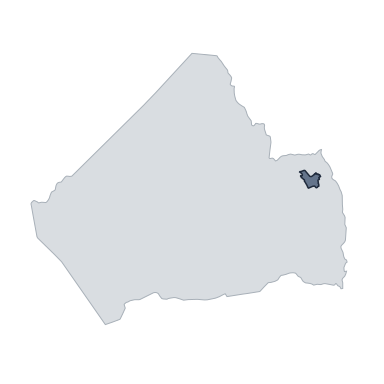 Saïda highlighted on a map of Algeria, rotated 94°
{"feature_id": "DZA-2204", "entity_name": "Saïda", "entity_type": "Province", "adm_level": 1, "iso_a3": "DZA", "parent_name": "Algeria", "parent_adm1": "", "projection": "equal_earth", "projection_center": [-0.019, 34.538], "detail": "fine", "context": "in_parent", "style": "filled", "palette": "slate", "viewbox_px": 384, "rotation_deg": 94, "n_neighbors": 0, "source": "natural_earth", "source_scale": "10m", "svg_char_len": 5543}
<svg xmlns="http://www.w3.org/2000/svg" viewBox="0 0 384 384"><g transform="rotate(94 192 192)"><path d="M277.7,34.9L278.0,35.8L278.1,36.6L276.9,37.4L276.1,37.9L275.3,40.0L273.5,41.5L273.3,41.9L273.3,42.3L274.5,43.0L274.9,43.6L275.1,44.4L274.7,47.5L274.1,52.8L274.2,54.0L274.7,55.4L275.2,56.5L275.4,57.7L275.3,60.7L275.9,62.5L276.4,64.1L275.4,66.1L275.0,67.9L274.8,70.5L274.8,72.1L274.2,73.6L273.3,75.0L272.3,75.8L271.1,76.6L269.7,77.6L268.7,80.2L266.2,82.5L265.7,83.2L265.5,85.0L265.7,87.5L266.2,89.4L267.5,92.3L268.6,95.5L268.9,97.1L269.4,97.7L270.9,98.8L273.5,100.2L274.0,100.8L275.3,103.0L276.7,107.0L277.1,109.6L281.8,113.6L286.3,117.2L286.6,117.7L289.4,129.8L290.3,134.2L293.9,149.8L292.6,150.7L291.2,151.8L292.3,153.9L294.5,157.4L295.8,160.2L296.3,161.4L297.3,164.9L298.2,168.2L298.5,169.3L298.8,171.9L298.7,179.1L299.6,188.2L300.5,192.8L299.4,196.9L298.5,200.9L298.6,202.9L299.3,206.0L299.9,208.2L300.7,209.5L300.7,213.3L300.4,214.7L298.1,216.8L295.6,218.6L294.9,220.2L294.8,221.9L295.2,223.4L302.9,236.5L303.2,237.8L303.4,241.6L304.8,246.2L306.2,248.3L306.7,249.8L307.7,250.9L308.6,251.7L309.2,251.8L312.5,250.5L318.2,252.6L323.7,254.8L324.1,255.2L327.4,262.4L330.3,269.2L270.7,317.2L264.2,324.5L248.7,342.7L247.5,343.5L226.8,348.8L216.0,351.5L215.5,351.7L214.9,351.7L214.5,351.7L213.5,351.2L212.4,350.1L211.7,349.6L211.5,348.7L211.9,347.6L212.4,346.5L212.6,345.7L213.0,345.1L213.5,344.6L213.5,343.9L213.1,342.8L212.7,341.2L212.7,338.3L212.7,337.0L211.7,335.9L209.8,334.7L208.1,333.9L207.3,333.7L205.4,333.3L202.8,332.5L201.8,332.0L200.1,329.3L199.3,328.6L195.3,328.1L194.0,327.7L192.9,327.1L192.0,326.2L191.5,324.7L191.3,323.5L191.0,323.0L186.6,320.1L185.5,319.1L184.9,318.2L184.9,316.8L185.0,315.2L184.8,313.7L184.6,313.0L108.5,246.0L104.4,242.6L95.2,234.9L53.7,201.7L54.3,178.0L54.4,176.8L54.7,176.3L56.1,175.5L58.2,173.5L59.0,172.6L60.0,171.7L63.6,169.0L64.4,168.3L67.8,165.2L68.7,164.8L70.5,164.5L71.3,163.9L72.3,162.7L73.9,161.3L74.9,160.6L75.1,160.5L75.7,160.4L78.9,160.8L80.2,161.1L81.8,161.4L82.2,161.2L82.7,160.7L83.3,159.8L83.5,158.6L83.5,157.6L83.6,157.1L83.9,157.0L84.6,157.0L85.5,157.2L87.4,157.1L88.0,157.0L90.1,156.8L93.2,156.1L97.5,154.6L99.6,152.8L101.1,150.9L102.7,148.1L103.9,145.7L106.5,144.2L108.6,143.2L109.7,142.9L112.5,141.6L116.9,137.9L120.6,137.3L121.1,137.0L121.6,136.3L121.7,135.2L121.1,134.4L120.3,134.0L119.8,133.5L119.3,133.4L119.0,132.9L119.2,131.9L119.2,131.0L119.6,130.1L119.5,128.7L119.0,127.4L118.9,126.5L118.9,125.6L119.2,124.8L119.9,124.4L120.8,124.2L122.1,124.4L124.2,124.1L129.8,121.9L130.1,121.2L130.5,119.6L130.9,118.3L131.5,117.8L131.8,117.7L136.2,116.8L137.2,116.7L145.4,117.2L152.5,117.5L153.1,117.1L153.1,116.1L152.6,114.3L152.9,113.2L153.9,112.1L155.2,110.9L154.6,109.4L153.6,108.5L152.2,107.3L151.5,106.8L150.2,105.4L149.5,103.8L149.0,100.5L148.0,98.6L147.3,96.3L148.0,92.0L147.1,89.4L146.9,88.3L146.9,87.0L147.2,84.8L147.1,81.6L146.0,78.3L146.5,77.2L146.8,76.6L146.7,76.1L145.7,75.1L145.3,74.2L145.5,73.4L146.0,72.3L146.0,71.8L144.4,70.4L141.7,68.1L141.0,67.1L140.6,65.8L143.2,66.1L144.5,66.0L147.6,64.5L150.1,62.4L152.0,61.4L153.6,59.2L155.1,57.8L157.3,56.2L163.6,53.0L164.6,52.9L166.6,53.7L168.4,53.5L169.6,52.3L171.0,49.6L173.0,47.9L175.6,46.2L179.1,44.6L181.4,43.2L185.0,41.9L194.1,41.1L198.8,40.4L201.9,40.5L205.1,38.2L206.7,37.5L213.7,37.3L216.9,35.6L229.3,35.6L230.9,36.1L232.4,37.1L235.0,39.3L236.2,39.7L237.9,39.3L241.6,37.2L245.9,36.1L248.2,34.9L249.1,33.1L251.1,32.4L252.3,33.8L256.8,35.2L259.5,34.8L260.7,34.4L260.2,32.3L263.1,32.9L265.4,33.8L267.8,35.8L269.3,36.2L272.0,35.3L277.7,34.9Z" fill="#d9dde1" stroke="#a8b0b8" stroke-width="1"/><path d="M178.8,77.1L178.4,77.2L178.0,77.4L177.0,78.0L174.2,79.9L174.1,80.0L173.5,80.5L173.4,80.6L172.6,80.6L172.4,80.6L172.2,80.7L172.0,80.8L171.9,81.0L171.7,81.3L171.7,81.5L171.4,81.9L170.9,82.4L170.5,82.8L170.4,83.0L170.3,83.3L170.1,83.8L169.9,83.8L169.6,84.0L169.0,84.5L168.5,84.8L168.4,84.8L168.2,84.7L168.3,84.5L168.3,84.4L168.2,84.2L168.2,83.7L168.1,83.4L168.0,83.2L167.6,83.1L167.3,83.1L167.2,83.1L166.6,83.4L166.3,83.5L166.2,83.6L165.7,84.2L165.2,84.9L165.1,85.2L165.0,85.3L164.9,85.3L164.8,85.2L164.7,85.2L164.7,85.3L164.5,85.5L164.5,85.8L164.5,86.0L164.4,86.0L164.1,85.6L164.1,85.3L164.1,85.2L163.7,84.0L162.7,81.9L162.7,81.6L162.6,81.3L162.6,81.1L162.8,80.7L168.1,75.6L168.2,75.2L168.3,74.9L168.3,74.7L168.3,74.3L168.3,74.2L168.2,74.0L167.6,73.0L167.1,72.5L166.7,72.1L166.5,71.9L166.4,71.8L166.3,71.7L166.3,71.4L166.2,71.3L165.9,71.3L165.7,71.2L165.3,70.9L165.2,70.8L165.2,70.7L165.2,70.4L165.0,70.2L164.9,70.1L164.4,69.9L164.3,69.7L164.5,69.5L164.8,69.5L165.1,69.4L165.4,69.3L165.5,69.3L165.5,69.2L165.4,68.9L165.3,68.7L165.2,68.6L165.3,68.1L165.2,67.9L165.3,67.6L165.3,67.4L165.5,67.3L165.8,67.4L166.0,67.2L165.9,66.9L165.8,66.4L165.8,66.1L165.9,65.9L166.0,65.8L166.2,65.7L166.3,65.7L166.5,65.5L166.6,65.4L166.9,65.5L167.3,65.4L167.4,65.1L167.5,64.9L167.8,65.0L167.8,65.3L167.8,65.5L167.9,65.8L168.1,65.9L168.3,66.0L168.6,66.3L168.8,66.5L169.0,66.5L169.1,66.4L169.2,66.1L169.4,66.0L169.6,66.0L169.9,66.1L170.2,66.0L170.3,66.0L170.5,65.9L170.6,66.0L170.8,66.2L171.0,66.7L171.2,66.9L171.5,67.2L172.0,67.1L172.4,67.0L172.8,66.9L173.3,66.6L173.5,66.6L174.0,66.8L174.3,66.8L174.6,66.7L174.8,66.6L175.1,66.2L175.3,66.1L177.0,65.9L177.4,66.0L177.4,66.4L177.4,66.5L177.5,66.6L177.8,66.8L178.2,67.0L178.5,67.2L178.7,67.4L178.9,67.8L179.0,68.0L179.1,68.3L178.9,68.7L177.8,69.8L177.6,70.0L177.6,70.6L177.7,71.1L177.9,72.0L180.0,76.0L179.9,76.3L179.0,76.9L178.8,77.1Z" fill="#64748b" stroke="#1e293b" stroke-width="1.5"/></g></svg>